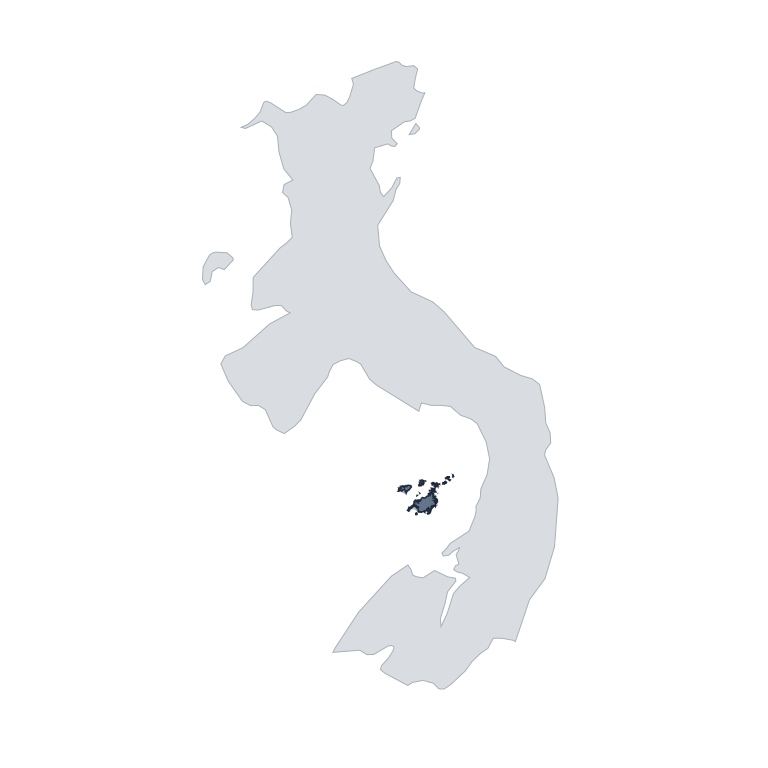 Balboa, Panama (highlighted), rotated 69°
{"feature_id": "35544464B8680648562753", "entity_name": "Balboa", "entity_type": "district", "adm_level": 2, "iso_a3": "PAN", "parent_name": "Panama", "parent_adm1": "", "projection": "natural_earth1", "projection_center": [-78.983, 8.439], "detail": "fine", "context": "in_parent", "style": "filled", "palette": "slate", "viewbox_px": 768, "rotation_deg": 69, "n_neighbors": 0, "source": "geoboundaries", "source_scale": "gbopen_adm2", "svg_char_len": 8899}
<svg xmlns="http://www.w3.org/2000/svg" viewBox="0 0 768 768"><g transform="rotate(69 384 384)"><path d="M671.5,353.6L669.5,355.3L663.7,364.9L660.5,373.1L668.0,381.8L670.3,391.0L674.5,401.0L681.1,411.1L688.6,429.8L690.3,437.3L688.2,442.1L681.1,445.1L674.6,453.9L672.8,464.5L674.0,469.8L654.4,486.8L649.3,489.7L645.9,487.0L641.7,478.5L636.7,471.6L634.0,469.2L632.4,469.1L630.8,470.7L630.1,474.4L632.8,490.4L630.6,496.9L623.9,501.9L616.2,527.9L613.2,524.6L588.0,489.6L566.1,446.1L561.5,426.5L567.2,425.3L572.7,425.7L575.6,422.7L579.0,417.0L576.2,403.7L586.9,393.6L590.9,386.8L593.8,387.6L600.8,399.2L610.9,405.8L623.3,415.5L630.9,417.7L621.2,407.5L604.5,394.2L599.8,385.5L595.3,373.3L588.8,378.6L585.7,383.0L582.3,385.5L579.4,382.5L578.9,378.6L569.0,377.8L566.5,374.2L563.8,372.2L565.0,379.8L567.0,384.5L565.9,390.2L562.7,390.6L560.0,384.7L556.5,379.4L551.8,357.3L540.5,346.8L535.4,343.4L531.2,342.0L524.9,335.0L516.7,331.2L505.4,320.1L491.7,312.2L474.8,309.4L454.4,311.2L447.5,315.6L442.8,321.1L440.6,323.7L428.6,330.1L424.0,339.3L421.1,347.1L415.1,355.9L421.9,361.3L382.5,391.3L374.7,395.6L357.0,398.7L352.9,401.9L347.5,407.8L346.7,416.8L347.6,424.5L352.7,430.4L357.3,434.2L368.2,452.0L387.7,474.5L391.4,482.7L394.5,494.9L388.6,500.6L384.0,503.0L365.4,504.0L359.0,508.9L356.4,516.3L349.5,522.4L325.5,528.4L306.7,529.1L300.9,522.1L299.5,502.5L286.9,469.2L283.9,446.1L280.7,449.0L274.0,451.7L271.7,457.4L270.0,474.4L267.5,480.2L262.3,479.6L251.7,473.5L237.6,467.9L219.6,432.0L217.7,425.2L214.2,417.1L200.3,413.7L188.4,407.7L175.4,406.7L168.8,410.1L162.0,405.8L160.9,396.0L147.3,400.4L129.8,398.9L114.3,394.6L103.6,396.9L94.6,403.9L95.8,421.8L93.2,425.3L92.8,418.0L89.7,409.6L86.0,402.6L78.1,395.4L77.7,392.7L80.9,389.0L95.2,378.6L96.9,374.2L97.2,365.1L95.8,356.4L89.4,343.6L93.1,335.7L100.5,329.3L108.1,324.3L109.4,322.1L108.0,317.8L103.6,313.1L93.3,305.1L87.1,304.6L86.9,281.5L87.3,257.1L88.9,254.7L92.6,253.2L95.7,249.5L97.4,242.2L101.9,239.7L110.0,245.3L118.4,250.2L121.8,248.5L124.4,246.1L126.2,243.8L126.8,241.5L133.4,248.0L147.0,259.6L147.8,265.3L146.5,270.7L150.2,286.4L157.3,288.6L164.4,285.6L166.1,288.5L164.8,291.4L161.1,294.6L160.2,308.1L171.8,314.3L177.6,319.8L196.9,317.3L204.0,318.7L208.9,317.1L203.5,306.3L196.3,298.3L196.9,294.8L202.4,297.4L206.5,302.9L216.0,309.6L233.5,333.0L253.5,338.7L269.3,337.9L284.1,334.8L307.7,325.7L324.7,309.2L338.4,301.9L382.4,286.3L398.1,270.0L404.7,267.8L411.0,265.8L424.9,253.4L432.3,243.8L440.2,238.9L463.4,242.4L478.5,247.0L489.0,246.4L499.0,249.6L503.4,256.6L507.9,259.6L532.5,258.8L552.8,262.3L597.0,283.1L623.5,303.6L637.5,325.4L671.5,353.6ZM227.1,515.3L221.3,516.0L209.6,510.7L201.0,500.6L200.3,497.3L200.5,494.0L205.2,483.6L211.5,480.1L214.0,480.1L220.0,492.1L215.9,496.7L217.5,504.1L226.0,509.5L227.1,515.3ZM511.4,400.5L509.3,405.6L504.4,394.1L505.2,391.1L504.9,380.7L509.6,378.0L513.0,377.8L515.8,379.2L517.6,391.5L516.2,397.0L511.4,400.5ZM161.4,265.4L160.2,271.1L152.2,260.9L157.0,259.2L158.7,259.4L161.4,265.4ZM493.9,402.9L489.1,408.3L487.3,403.2L490.6,397.9L491.8,397.8L493.9,402.9Z" fill="#d9dde1" stroke="#a8b0b8" stroke-width="1"/><path d="M504.1,396.1L503.7,396.1L503.7,396.6L504.5,398.1L506.3,398.8L507.1,399.5L507.7,400.5L507.9,400.6L507.5,400.0L507.6,399.0L508.4,400.7L507.8,401.1L508.0,402.5L508.8,403.5L508.3,404.3L508.8,404.9L508.3,405.1L510.5,407.0L511.5,406.7L511.4,405.8L510.8,406.2L510.2,405.6L509.9,402.8L508.9,401.5L509.2,400.3L508.9,399.4L509.5,398.3L509.0,398.1L509.1,397.4L509.8,397.3L510.0,397.7L510.9,396.2L511.5,396.5L511.3,396.1L511.3,395.9L511.5,395.8L511.7,396.3L511.5,397.7L512.2,396.8L511.9,397.3L513.5,397.1L515.7,397.9L516.2,396.9L515.8,397.1L515.6,396.9L517.2,394.8L516.9,394.1L517.2,392.6L518.5,391.9L517.6,391.6L516.4,392.2L517.4,391.3L517.2,390.4L517.7,389.6L516.3,389.1L516.7,388.4L516.3,388.6L515.7,387.6L516.6,387.5L515.8,386.8L516.5,386.7L516.7,387.2L517.9,386.5L517.2,385.2L517.8,384.8L517.2,383.5L516.7,384.4L516.1,383.3L515.0,384.5L515.8,383.1L515.5,382.4L514.8,383.6L515.6,379.4L514.7,378.9L514.7,378.4L514.2,379.7L514.2,378.0L513.5,378.2L514.0,377.6L513.6,377.2L513.2,377.8L513.1,376.3L512.0,376.0L511.7,378.6L511.3,378.2L511.2,378.6L511.0,378.9L510.9,379.0L511.1,378.2L511.7,377.9L510.8,377.9L510.7,377.0L510.4,377.8L510.3,376.4L509.4,376.8L509.6,377.3L509.1,377.7L509.1,376.9L508.6,377.4L508.0,377.2L508.8,378.1L508.3,378.2L508.2,378.8L507.7,377.8L506.3,378.7L505.2,377.8L504.5,378.2L504.1,377.7L503.5,378.3L503.3,379.6L503.8,380.4L503.5,381.3L504.3,381.3L503.7,382.0L504.6,382.6L504.1,383.8L505.2,386.7L503.7,388.9L505.6,392.1L505.9,392.0L505.8,391.9L505.4,391.0L506.1,391.9L506.0,392.1L506.3,392.2L506.2,392.6L506.6,392.5L506.8,392.5L506.2,392.8L506.1,392.2L505.3,392.6L505.4,394.1L505.5,393.4L506.4,394.7L507.3,394.5L507.2,394.9L506.4,394.9L505.5,394.4L505.4,396.0L504.7,395.0L505.0,393.7L504.7,393.5L504.1,396.1ZM489.9,395.3L488.5,395.4L487.1,397.9L487.2,398.9L487.7,399.3L487.2,399.6L487.8,399.8L487.0,401.7L488.0,402.2L486.6,402.9L486.4,402.2L486.1,403.4L485.8,403.3L485.6,404.7L486.2,404.1L486.8,406.1L486.6,406.7L487.4,406.1L487.1,407.8L488.1,408.5L488.9,407.8L489.0,408.3L489.1,406.2L489.7,405.7L490.2,405.9L490.4,404.8L489.6,404.1L490.0,402.7L491.6,402.1L492.1,402.9L492.6,402.3L493.8,402.4L491.9,400.7L491.9,398.7L489.9,395.3ZM488.6,381.5L487.1,383.0L487.4,383.6L487.0,384.8L488.0,384.5L488.6,385.5L488.4,386.1L489.7,386.3L490.6,387.1L490.7,387.8L491.7,387.8L492.3,385.5L491.6,384.9L492.1,383.4L491.3,382.7L491.4,383.9L490.8,385.0L490.6,384.0L489.9,384.1L490.1,383.2L488.6,382.5L488.6,381.5ZM503.4,374.3L502.5,374.3L502.1,375.3L501.3,375.5L501.0,376.2L500.5,375.7L499.7,377.0L499.4,376.2L498.6,376.4L498.3,377.1L499.1,376.9L499.9,378.0L500.3,377.4L501.8,377.8L502.1,379.0L502.9,379.0L502.7,379.9L503.2,379.4L502.7,378.3L503.5,377.4L502.2,377.8L501.9,377.0L501.1,377.3L501.9,376.6L501.0,376.7L502.8,375.6L503.4,374.3ZM520.3,386.6L518.9,385.5L518.5,386.0L518.7,386.3L518.1,388.0L519.1,388.8L520.3,388.8L520.7,387.4L520.1,387.3L520.3,386.6ZM494.0,356.3L493.2,358.2L494.1,359.8L495.3,357.7L494.7,357.7L494.5,356.4L494.0,356.3ZM494.8,372.3L493.5,373.5L493.7,375.1L495.2,374.5L494.8,374.1L495.5,372.8L494.6,373.8L494.8,372.3ZM497.2,371.5L497.9,370.4L497.6,370.0L496.2,372.6L497.4,372.8L497.2,373.6L497.8,373.9L498.4,373.4L498.1,372.7L497.2,372.5L497.5,372.3L497.2,371.5ZM498.1,361.0L496.9,361.5L497.1,362.6L497.6,362.8L498.8,362.1L498.9,361.7L498.1,361.5L498.1,361.0ZM517.2,399.6L515.9,400.0L516.2,400.8L517.3,401.1L517.7,400.2L517.2,399.6ZM496.6,369.9L495.9,369.8L495.4,370.1L495.8,370.7L495.3,371.6L496.3,371.2L496.7,370.4L496.0,370.3L496.6,369.9ZM497.3,356.4L496.1,357.5L495.9,358.3L497.8,357.3L497.3,356.4ZM500.9,374.5L500.0,374.0L499.4,375.2L500.3,375.3L500.9,374.5ZM499.0,363.6L497.6,363.4L497.4,363.9L498.1,363.7L497.8,364.6L498.3,365.0L499.0,363.6ZM495.3,352.1L494.5,352.2L494.6,352.9L495.6,353.0L495.3,352.1ZM521.2,388.5L520.7,388.7L520.5,389.8L521.1,389.7L521.2,388.5ZM499.2,370.4L498.6,370.0L498.0,370.5L499.2,370.4ZM489.6,379.9L489.1,379.5L489.4,380.2L489.6,379.9ZM511.0,376.6L510.3,376.0L510.9,377.0L511.0,376.6ZM495.4,375.2L495.7,374.9L495.6,374.2L495.1,374.7L495.4,375.2ZM497.5,368.2L497.0,368.2L497.0,368.8L497.5,368.2ZM494.0,360.8L494.4,360.4L494.2,360.3L494.0,360.8ZM516.6,382.2L516.0,380.9L516.2,381.8L516.6,382.2ZM498.4,371.2L497.8,371.0L498.5,371.6L498.4,371.2ZM495.7,373.7L495.1,374.0L495.7,373.7ZM489.5,408.6L489.2,408.2L489.3,408.9L489.5,408.6ZM510.7,375.8L510.8,375.6L510.8,375.2L510.7,375.8ZM489.7,382.1L489.2,382.1L489.4,382.5L489.7,382.1ZM502.7,382.1L502.4,381.7L502.5,382.1L502.7,382.1ZM499.3,389.7L499.6,389.4L499.1,389.7L499.3,389.7ZM518.4,386.3L518.3,386.0L518.2,386.7L518.4,386.3ZM504.6,386.0L504.2,386.2L504.6,386.0ZM516.0,377.9L516.1,377.6L516.0,377.9ZM500.0,393.2L499.9,392.9L499.8,393.1L500.0,393.2ZM507.3,377.6L507.4,377.2L507.1,377.4L507.3,377.6ZM517.9,385.6L518.2,385.5L518.1,385.3L517.9,385.6ZM506.8,377.1L507.0,377.1L507.0,376.8L506.8,377.1ZM515.5,381.7L515.7,381.9L515.6,381.4L515.5,381.7ZM494.3,351.9L493.9,351.9L493.8,352.0L494.3,351.9ZM516.6,379.9L516.8,379.9L516.6,379.7L516.6,379.9ZM499.8,373.8L499.7,373.6L499.8,373.8ZM512.2,398.4L512.4,398.0L512.2,398.4ZM510.0,375.8L510.1,375.7L510.0,375.8ZM500.1,379.5L499.8,379.7L500.0,379.8L500.1,379.5ZM510.2,397.8L510.0,398.0L510.3,397.9L510.2,397.8ZM513.4,377.0L513.6,376.8L513.4,377.0ZM487.7,408.5L487.7,408.3L487.7,408.5ZM494.8,371.8L494.7,371.7L494.8,371.8ZM511.0,375.3L511.2,375.2L511.0,375.3ZM501.6,379.8L501.6,379.7L501.6,379.8ZM505.4,373.0L505.5,372.9L505.5,372.7L505.4,373.0ZM497.0,366.9L497.2,366.7L497.0,366.9ZM505.3,395.1L505.3,394.9L505.2,395.0L505.3,395.1ZM509.6,376.3L509.8,376.2L509.6,376.3ZM501.6,378.5L501.8,378.5L501.7,378.4L501.6,378.5ZM502.5,380.9L502.4,380.9L502.5,381.0L502.5,380.9ZM510.4,407.3L510.5,407.2L510.3,407.1L510.4,407.3ZM499.7,369.1L499.9,369.0L499.7,369.1ZM494.0,359.8L493.8,359.7L493.8,359.9L494.0,359.8Z" fill="#64748b" stroke="#1e293b" stroke-width="1.5"/></g></svg>